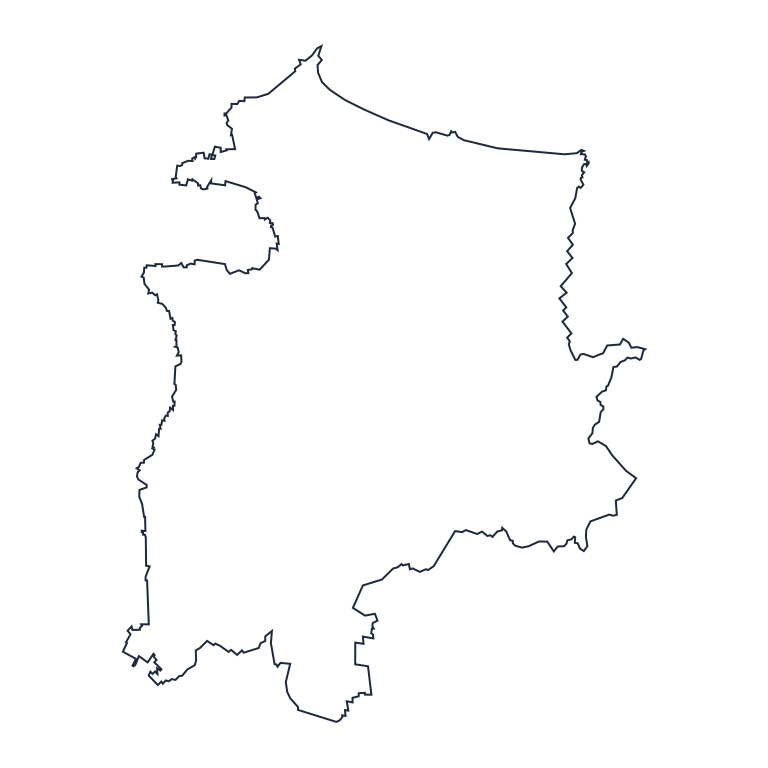 Catemaco, Veracruz, Mexico
{"feature_id": "50627088B13205785170557", "entity_name": "Catemaco", "entity_type": "district", "adm_level": 2, "iso_a3": "MEX", "parent_name": "Mexico", "parent_adm1": "Veracruz", "projection": "natural_earth1", "projection_center": [-95.032, 18.435], "detail": "fine", "context": "isolated", "style": "outline", "palette": "slate", "viewbox_px": 768, "rotation_deg": 0, "n_neighbors": 0, "source": "geoboundaries", "source_scale": "gbopen_adm2", "svg_char_len": 6110}
<svg xmlns="http://www.w3.org/2000/svg" viewBox="0 0 768 768"><path d="M583.9,150.9L581.3,149.9L576.8,153.2L564.6,154.3L497.5,148.3L463.9,140.2L457.8,136.9L455.1,131.9L452.1,132.5L451.2,131.2L449.5,135.0L447.3,135.6L435.9,132.3L432.7,132.8L429.1,139.1L427.1,134.0L388.5,120.3L363.8,109.4L345.0,100.0L329.8,89.8L322.0,82.1L318.1,72.8L317.5,65.1L321.8,60.0L318.3,55.8L321.4,46.1L317.2,48.3L311.9,55.5L305.5,60.7L299.1,59.8L300.7,64.4L294.8,68.6L295.3,71.2L268.3,93.8L256.8,97.4L244.7,97.5L244.4,101.2L239.3,100.8L237.3,104.0L231.5,103.9L231.5,107.5L226.4,113.3L224.5,113.5L224.5,115.5L226.3,115.1L228.3,120.4L226.6,123.0L227.3,125.2L232.0,128.8L230.9,135.2L232.1,134.9L235.1,149.1L226.3,149.3L226.6,150.4L220.7,152.0L220.7,147.8L214.9,146.7L212.3,155.1L215.3,155.5L214.3,159.0L211.0,158.9L212.0,154.5L209.5,154.3L208.3,158.7L204.6,158.3L203.7,152.7L196.2,153.6L196.1,157.1L195.2,158.5L194.9,157.0L192.2,158.6L192.5,161.0L188.2,160.8L182.3,163.1L182.1,165.0L180.4,166.0L177.2,165.7L175.7,176.9L176.5,178.3L171.2,179.3L173.1,179.7L172.6,182.7L179.5,182.4L179.4,184.7L186.2,185.4L187.9,179.3L192.1,180.7L192.4,179.3L198.1,183.4L198.0,185.5L200.2,185.3L201.0,188.4L203.4,189.4L207.4,188.6L207.0,187.1L211.2,180.3L211.1,183.4L225.1,185.3L225.5,181.1L245.6,187.2L256.0,192.4L254.7,193.3L256.3,197.8L258.9,196.8L260.4,198.2L256.7,199.4L257.8,203.3L255.6,204.7L255.5,209.8L257.1,211.1L259.5,218.2L264.6,218.1L264.8,219.5L267.7,217.7L270.3,220.5L269.8,222.9L272.6,223.1L273.0,224.8L271.2,225.4L270.9,227.1L272.5,227.5L275.2,236.6L277.8,236.0L278.7,244.0L276.7,243.6L277.6,250.1L275.6,248.6L269.9,248.2L268.9,259.7L259.7,269.7L252.3,268.2L252.3,269.2L247.8,270.0L248.3,273.1L245.5,273.3L239.0,270.3L229.9,273.8L226.6,269.8L225.0,264.1L197.3,259.8L194.8,260.5L194.6,264.3L190.6,263.6L186.7,265.4L186.8,267.3L183.6,267.4L181.3,263.0L178.2,265.5L164.0,266.6L162.1,266.6L162.1,264.2L155.4,264.1L155.5,266.0L146.7,265.3L146.5,267.7L144.3,267.7L143.9,272.6L141.5,276.6L143.7,277.6L144.5,283.9L149.0,289.6L148.3,293.5L152.2,292.6L155.2,295.3L157.0,294.3L158.4,300.1L157.7,302.7L162.3,303.9L165.8,307.7L166.9,310.9L169.1,311.0L170.5,318.8L172.4,318.0L172.7,320.6L175.0,322.2L174.6,325.0L172.9,325.0L173.5,330.2L175.8,331.2L175.3,334.1L176.7,335.5L175.5,339.9L176.4,339.9L176.5,346.1L175.2,346.7L177.7,347.5L178.7,352.2L176.9,355.7L181.1,355.3L181.5,361.7L180.4,364.1L175.4,366.3L174.4,383.9L175.7,384.9L176.2,389.9L172.0,396.6L173.3,401.7L174.6,401.6L174.5,405.7L172.9,405.8L173.0,410.0L170.1,407.6L169.6,411.4L167.7,412.5L167.8,415.9L165.7,415.6L164.2,418.5L164.5,420.8L162.1,420.3L161.4,424.8L159.8,424.8L160.6,428.8L159.1,428.8L158.5,436.1L156.1,434.3L154.9,438.8L152.4,440.7L153.3,443.4L152.5,446.9L153.7,447.4L152.5,448.6L154.6,449.5L152.5,454.7L144.1,459.9L143.9,462.7L140.6,462.8L139.0,466.8L136.7,468.3L139.7,470.3L137.6,472.3L137.0,476.4L138.4,479.5L146.7,485.0L146.6,487.4L139.5,489.9L139.2,496.7L142.1,504.0L144.1,516.9L145.1,516.9L145.4,531.0L141.7,530.7L141.7,532.2L143.0,532.3L143.2,534.7L145.0,534.8L145.8,537.4L146.1,565.7L149.6,566.4L145.6,576.7L145.6,580.4L147.1,580.5L148.8,624.3L141.1,624.3L142.0,625.9L139.8,628.0L139.8,629.8L132.4,629.9L131.6,626.4L127.6,630.7L130.5,634.3L126.0,642.3L126.9,643.0L122.9,651.7L136.0,658.9L132.5,665.6L133.6,666.3L135.3,664.9L138.9,656.1L147.6,662.4L153.5,653.8L154.6,655.1L153.6,656.5L156.5,660.0L154.3,662.3L161.4,669.2L160.4,670.5L157.1,668.3L157.4,674.0L155.1,671.5L152.6,673.9L150.4,671.7L148.7,675.5L157.8,685.0L161.3,681.6L162.8,683.7L165.8,680.4L168.6,681.3L171.8,679.1L175.5,679.9L179.1,676.2L182.2,675.7L187.3,669.5L194.7,665.2L196.1,660.8L195.8,650.4L200.1,647.9L207.1,640.9L213.5,645.2L215.2,643.6L220.0,645.8L228.6,651.9L231.1,649.9L237.1,654.9L242.0,650.4L243.7,652.7L258.7,648.0L260.7,643.1L265.2,641.0L265.3,636.3L271.9,631.0L270.9,643.2L274.6,664.2L276.3,664.4L277.5,666.7L280.4,662.9L290.2,663.8L285.8,682.1L287.2,691.9L290.3,698.3L298.0,707.0L297.9,709.9L336.3,721.9L339.7,720.3L342.3,717.1L342.2,715.3L345.5,715.9L345.0,710.1L348.3,710.6L346.8,701.3L352.6,702.4L352.5,697.8L358.6,696.3L358.8,693.2L364.8,692.8L364.9,694.6L371.4,694.7L368.0,666.3L355.2,664.3L355.3,642.6L363.5,643.8L362.9,636.6L373.3,638.4L373.1,634.6L371.2,633.3L371.9,628.8L373.8,628.6L372.4,626.6L372.7,623.1L377.5,620.6L374.9,613.8L365.0,615.6L352.9,607.9L362.9,585.4L382.0,579.5L393.1,568.5L397.6,567.3L401.5,564.1L402.7,565.4L408.9,564.0L409.9,569.3L412.6,568.4L419.8,571.9L426.0,569.2L427.9,570.1L433.6,566.3L455.1,531.1L462.1,532.1L465.8,530.1L477.2,534.0L482.0,531.6L487.3,535.9L490.5,535.3L492.5,536.9L497.2,531.6L502.0,530.3L502.2,527.8L506.2,531.4L510.1,540.2L512.8,540.8L512.9,543.4L515.1,545.6L521.8,547.6L528.7,546.2L539.0,541.5L547.3,541.6L553.8,551.4L557.7,546.5L564.1,546.2L566.5,543.7L567.3,540.4L571.6,539.2L573.8,536.6L575.2,537.2L574.8,542.8L577.7,543.3L579.9,548.5L583.8,551.1L587.4,546.1L585.9,537.1L586.3,529.6L590.4,521.4L609.2,514.6L613.1,515.7L616.8,514.8L615.8,500.5L622.3,498.0L636.1,478.2L626.1,470.9L612.1,455.2L606.0,446.1L597.9,441.3L592.3,444.0L589.5,443.3L588.4,438.4L592.4,433.2L592.9,428.0L594.7,424.7L599.1,421.9L600.7,412.2L603.4,409.2L603.3,406.5L600.6,404.9L600.4,402.0L597.5,400.5L596.5,396.8L602.1,391.6L605.8,390.4L606.5,386.5L608.1,385.5L611.5,377.0L613.4,367.0L617.0,366.5L620.5,362.0L625.1,360.2L627.4,357.6L631.0,358.5L635.6,357.4L639.6,359.9L641.1,359.0L643.5,350.3L645.1,349.2L637.5,347.1L631.3,347.7L628.9,342.8L623.2,338.8L619.9,344.5L607.2,345.5L603.2,353.1L593.0,357.2L583.5,353.9L580.5,354.5L577.5,359.8L575.3,359.9L570.4,349.9L568.8,344.2L569.8,341.4L567.2,337.6L571.4,333.4L562.5,321.6L567.8,316.6L563.1,310.5L566.3,307.4L559.4,298.4L566.6,292.7L560.7,286.2L571.9,273.1L566.2,264.0L572.5,258.0L567.1,251.2L572.9,244.8L568.0,237.8L572.9,233.0L572.6,230.4L575.1,223.8L570.1,208.0L575.3,198.2L577.1,188.1L578.6,186.6L580.7,187.9L583.4,184.7L580.6,179.6L581.0,177.8L582.4,177.4L581.9,175.0L584.2,172.3L581.9,170.9L581.9,167.7L584.1,164.1L586.2,164.0L586.7,166.0L588.6,163.5L588.6,162.2L587.3,163.2L586.9,160.1L584.8,159.7L585.9,156.3L584.9,154.4L580.9,154.2L581.5,151.9L583.9,150.9Z" fill="none" stroke="#1e293b" stroke-width="2"/></svg>